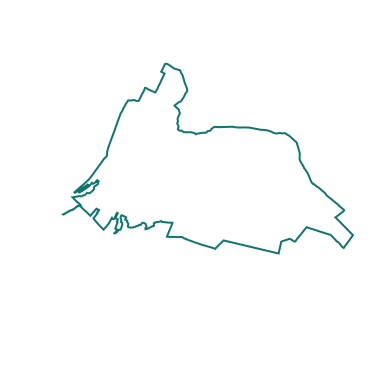 outline of Roscani, Iasi, Romania, rotated 150°
{"feature_id": "2599482B5254069249986", "entity_name": "Roscani", "entity_type": "district", "adm_level": 2, "iso_a3": "ROU", "parent_name": "Romania", "parent_adm1": "Iasi", "projection": "equal_earth", "projection_center": [27.437, 47.451], "detail": "fine", "context": "isolated", "style": "outline", "palette": "teal", "viewbox_px": 384, "rotation_deg": 150, "n_neighbors": 0, "source": "geoboundaries", "source_scale": "gbopen_adm2", "svg_char_len": 5998}
<svg xmlns="http://www.w3.org/2000/svg" viewBox="0 0 384 384"><g transform="rotate(150 192 192)"><path d="M77.1,121.7L77.2,124.2L78.6,128.1L79.2,130.0L80.1,132.4L81.1,134.1L82.8,138.6L83.1,138.5L83.5,139.6L83.6,140.8L83.4,143.4L82.9,145.9L82.7,148.2L82.5,150.2L82.5,152.5L83.0,156.6L82.7,158.5L82.8,162.8L82.7,165.2L82.3,166.8L82.1,167.3L80.2,170.1L79.8,170.9L79.1,172.4L77.7,177.9L76.7,182.3L76.7,182.8L76.9,183.5L77.3,184.6L77.6,185.5L79.7,192.1L79.8,192.3L80.7,193.7L81.7,195.9L82.0,196.4L84.7,197.7L85.8,198.7L86.5,199.3L88.6,200.0L89.9,200.6L90.7,201.3L91.8,202.5L93.2,204.6L94.2,205.7L94.8,206.6L96.8,208.4L98.8,209.9L101.4,211.6L109.7,218.7L110.6,219.4L114.8,222.0L118.7,224.1L120.8,225.5L121.4,225.9L124.5,228.4L127.9,230.2L129.5,231.1L130.6,231.6L133.0,233.0L134.5,233.7L136.4,234.8L138.5,236.2L140.1,237.2L140.5,237.3L141.0,237.3L143.7,236.8L144.4,236.5L145.1,236.1L145.5,236.0L146.7,236.3L147.0,236.4L147.5,236.7L148.2,236.8L148.7,236.8L149.7,236.4L150.1,236.3L151.2,236.8L152.4,237.6L154.4,238.5L156.6,239.3L158.2,239.9L158.7,240.0L159.9,240.2L159.9,240.8L160.0,241.1L160.5,241.8L160.9,242.4L162.4,243.6L163.1,244.3L164.9,245.4L166.1,246.0L168.4,247.5L169.3,248.2L170.1,249.7L170.5,250.5L171.0,250.8L171.4,251.0L172.0,251.2L172.8,252.8L172.9,253.4L172.6,253.8L171.2,254.9L171.0,255.1L170.6,257.4L170.7,258.1L170.6,258.5L170.4,258.9L169.9,259.4L169.1,259.9L168.9,260.2L167.9,262.6L167.4,263.1L166.1,264.2L163.6,265.8L163.2,266.2L163.0,266.6L162.9,267.8L162.3,269.6L162.3,270.0L163.0,272.4L163.9,275.2L164.0,275.5L163.8,275.6L160.0,276.2L158.8,276.3L157.7,276.3L156.7,276.0L154.6,276.8L152.7,277.8L151.5,278.4L149.2,280.1L147.4,281.0L145.8,281.7L145.5,281.9L145.3,282.2L144.5,284.9L144.3,286.4L143.9,288.9L143.6,290.3L143.7,290.6L143.2,292.1L141.7,298.4L141.9,300.7L141.6,303.0L141.7,303.7L145.0,307.0L145.7,307.8L146.4,309.5L146.8,310.2L147.4,311.3L147.7,312.2L149.0,314.6L149.5,315.3L150.0,315.8L150.6,316.1L151.5,316.3L155.4,313.5L158.5,311.6L156.6,308.3L160.9,305.3L161.8,304.7L164.8,302.5L168.4,300.2L170.2,298.8L172.5,297.4L174.1,296.6L177.2,300.8L178.8,303.2L179.4,304.4L180.2,305.6L180.5,305.7L183.2,303.6L184.7,302.6L185.7,302.2L187.2,301.2L191.0,298.5L192.5,297.6L194.1,298.3L194.6,298.7L195.0,299.2L195.7,300.2L196.1,300.5L196.7,300.9L198.9,301.7L200.5,302.6L201.5,303.3L202.6,302.6L205.0,301.5L206.5,300.5L209.5,298.8L210.5,298.0L212.0,297.0L214.4,295.8L225.6,286.4L227.0,285.1L228.1,284.1L229.5,283.1L242.8,271.9L245.9,268.6L246.9,266.7L248.1,265.6L251.9,264.6L271.2,255.9L275.5,254.3L277.4,253.8L279.1,253.4L285.0,252.3L293.9,250.5L293.7,249.8L293.4,249.8L291.4,250.0L288.8,250.2L285.5,250.2L283.1,250.4L280.3,250.4L278.6,250.7L278.2,250.0L278.1,249.4L279.1,249.1L280.0,249.0L288.2,248.6L290.2,248.6L290.1,248.2L289.9,247.9L287.3,247.8L279.0,248.4L278.1,248.5L276.3,249.1L274.1,250.1L273.8,249.0L273.7,248.6L273.4,248.5L272.1,248.5L271.0,248.7L268.5,249.6L268.1,249.6L267.5,248.1L269.3,247.7L268.8,246.8L269.2,246.2L269.8,245.9L270.2,245.7L273.1,245.6L273.6,245.5L274.1,245.4L274.5,245.0L274.9,244.2L275.2,243.9L276.2,243.1L279.1,242.4L280.5,242.2L281.3,242.1L283.3,243.6L283.5,243.6L283.8,243.6L285.4,243.0L286.6,242.9L287.0,243.0L287.8,243.5L289.6,243.5L290.4,243.7L291.5,244.7L292.0,244.9L298.1,247.1L296.9,242.3L295.2,237.3L295.0,236.5L298.5,237.1L299.8,237.0L301.4,236.6L304.2,236.4L306.6,236.9L314.7,237.0L314.5,236.7L311.8,236.8L309.1,236.8L307.1,236.8L304.2,236.2L301.6,236.4L299.2,236.8L298.4,236.8L296.0,236.4L294.5,230.9L293.5,227.8L291.9,222.2L287.9,223.7L283.1,225.3L282.8,224.9L282.4,224.1L282.5,223.7L282.4,223.4L282.2,223.3L281.7,223.3L281.5,222.8L281.6,222.6L284.4,221.7L284.4,220.9L288.6,219.2L290.2,218.8L290.2,218.5L290.0,218.2L290.5,217.8L289.2,210.5L287.4,203.6L280.8,205.9L279.7,206.4L274.3,209.6L274.3,208.5L273.9,208.0L273.5,207.7L273.2,207.6L270.3,209.5L268.1,211.0L267.3,211.4L266.9,210.7L271.6,207.6L269.9,205.3L270.0,205.2L270.6,204.7L271.9,203.9L271.8,203.1L271.7,202.9L271.8,202.8L273.6,201.4L276.8,198.5L275.5,196.7L276.0,196.4L277.0,196.0L279.1,195.3L279.9,195.2L280.0,195.1L279.8,194.9L278.6,194.6L277.8,194.6L275.4,195.5L273.7,195.7L273.4,195.6L273.0,195.2L272.8,195.1L272.6,195.1L271.4,196.1L270.5,196.9L268.5,198.8L268.3,199.1L268.1,200.0L268.0,200.4L268.1,200.7L268.5,201.5L268.4,201.9L267.2,202.8L266.9,205.2L266.6,205.8L265.3,206.7L264.7,207.1L263.7,205.9L262.8,204.8L261.7,203.0L261.8,202.7L262.9,202.1L263.6,201.5L263.5,201.3L263.4,200.9L263.1,200.4L262.4,199.6L263.0,198.9L263.2,198.0L263.0,196.7L263.1,196.2L263.4,195.8L264.7,194.5L264.8,194.3L264.8,193.9L264.6,193.5L263.8,192.6L263.1,192.0L262.5,191.6L261.5,191.0L261.1,190.9L260.0,190.7L259.1,190.4L258.8,190.2L257.3,190.3L257.0,190.2L255.9,189.8L255.7,189.7L254.7,189.9L254.0,190.0L253.8,189.9L253.0,189.2L252.8,189.2L250.4,190.2L249.2,189.4L249.0,189.2L248.8,188.7L248.3,187.9L248.1,187.6L248.1,187.4L248.7,184.7L249.6,184.1L249.9,184.0L250.4,184.0L250.9,183.1L249.8,182.8L249.0,182.4L242.9,182.1L242.5,182.0L242.1,181.7L241.6,182.2L240.9,183.8L240.6,184.0L239.6,184.2L239.4,184.1L239.2,183.8L238.8,183.9L238.3,183.6L238.1,183.6L237.5,183.6L236.5,183.1L234.9,182.5L234.1,182.3L233.3,182.4L233.0,181.2L232.2,180.5L227.1,176.9L224.4,175.2L226.0,173.6L234.1,167.4L236.0,165.8L234.2,164.5L230.1,162.1L225.6,159.3L223.8,158.5L223.1,158.0L222.9,157.6L222.3,156.2L220.8,154.5L220.0,153.2L212.3,144.2L210.8,142.4L206.0,137.4L202.6,133.9L200.2,131.1L199.5,131.5L188.9,134.3L147.7,95.4L146.5,96.8L143.6,99.9L140.0,103.9L139.8,104.2L139.5,104.3L139.3,104.3L138.1,104.2L135.5,103.6L131.0,102.7L129.8,101.2L128.3,98.2L127.6,97.6L126.6,97.8L124.3,98.9L116.3,101.9L113.4,103.1L110.4,104.2L110.2,104.2L109.3,102.9L104.4,97.6L97.5,89.9L93.5,85.7L93.3,85.4L93.1,84.8L92.7,82.7L91.9,79.7L91.7,79.1L91.6,78.0L91.4,77.3L91.0,76.1L90.3,75.1L90.0,74.2L89.9,73.7L89.8,71.6L89.6,70.4L89.0,68.4L88.6,67.7L74.2,74.1L74.6,75.7L80.2,97.5L80.5,98.3L71.5,99.4L69.8,99.8L69.4,100.1L69.3,100.3L71.7,107.0L71.7,107.5L72.2,108.9L74.6,115.4L77.1,121.7Z" fill="none" stroke="#0f766e" stroke-width="2"/></g></svg>